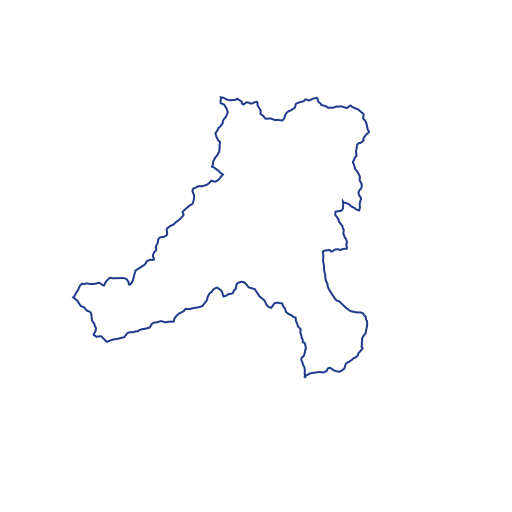 Carhuaz, Áncash, Peru, rotated 139°
{"feature_id": "86281439B67590334790867", "entity_name": "Carhuaz", "entity_type": "district", "adm_level": 2, "iso_a3": "PER", "parent_name": "Peru", "parent_adm1": "Áncash", "projection": "orthographic", "projection_center": [-77.539, -9.267], "detail": "fine", "context": "isolated", "style": "outline", "palette": "blue", "viewbox_px": 512, "rotation_deg": 139, "n_neighbors": 0, "source": "geoboundaries", "source_scale": "gbopen_adm2", "svg_char_len": 6133}
<svg xmlns="http://www.w3.org/2000/svg" viewBox="0 0 512 512"><g transform="rotate(139 256 256)"><path d="M299.3,132.2L296.4,132.9L292.1,131.9L284.6,127.2L281.7,124.0L280.1,123.3L277.8,122.9L275.7,124.0L274.1,123.5L273.4,122.7L272.9,121.6L272.6,119.4L271.1,116.5L269.0,113.9L268.3,113.7L265.4,113.2L263.1,113.1L259.0,115.7L256.8,115.6L255.2,115.1L251.0,114.7L249.3,114.8L247.3,114.1L244.9,114.1L244.1,114.3L242.7,115.4L237.0,116.1L235.9,116.6L235.8,118.5L234.3,119.5L232.8,121.4L231.5,122.3L230.5,123.8L228.0,125.0L223.9,125.8L220.4,128.7L219.0,129.6L216.3,132.2L215.0,134.0L214.5,136.2L213.1,138.2L213.3,140.7L212.9,141.8L213.0,142.8L213.6,144.0L214.1,144.8L217.2,147.6L220.3,151.7L221.2,153.6L222.2,158.9L222.9,167.2L224.4,169.5L224.4,172.3L222.7,183.6L221.6,186.5L220.3,188.1L219.4,191.9L215.8,197.0L213.8,200.8L211.4,203.5L208.9,207.9L204.9,212.1L202.8,215.5L200.9,215.2L196.4,212.2L196.4,210.0L194.6,209.3L192.7,209.2L191.6,208.8L189.6,207.2L188.7,205.4L185.1,203.9L183.2,202.2L182.5,202.0L181.6,203.1L180.2,205.6L178.9,206.2L178.3,206.8L177.1,209.2L176.8,210.2L176.8,212.1L175.9,213.7L175.6,215.4L172.5,218.3L172.4,219.4L171.1,222.2L170.9,227.0L170.6,228.1L169.8,229.4L169.3,232.6L169.3,234.8L168.7,235.6L166.8,237.3L162.3,234.4L160.8,234.2L159.0,235.0L156.7,237.4L154.7,239.9L154.8,239.3L154.5,238.6L153.3,236.9L151.8,233.9L151.5,230.8L150.2,227.6L149.6,224.6L148.1,222.7L145.8,224.4L143.8,227.1L141.3,229.0L139.2,230.1L138.5,231.7L138.4,234.0L137.3,236.4L135.2,237.7L132.6,238.0L130.9,238.8L129.7,240.0L128.9,241.7L128.3,244.4L127.4,246.1L127.0,246.6L126.4,246.6L125.9,247.2L125.1,249.0L124.3,252.5L124.0,257.1L122.6,259.5L121.4,263.0L120.9,263.5L118.2,264.6L116.5,265.6L114.5,265.6L112.0,269.2L106.5,273.7L104.3,273.8L103.4,273.0L101.1,272.5L98.9,272.7L98.6,272.9L98.4,273.7L97.7,274.2L96.4,274.7L92.9,275.4L90.1,275.3L89.4,275.5L89.0,276.0L88.9,277.8L88.5,278.6L86.3,282.4L85.2,284.8L84.8,286.7L84.9,289.5L83.8,290.7L82.4,291.5L81.8,292.5L81.7,293.3L82.2,295.3L82.6,299.1L84.1,302.1L84.3,303.0L85.6,305.1L85.8,307.4L86.2,307.7L89.7,307.9L90.7,308.4L92.8,312.1L94.5,313.9L95.8,314.6L97.4,316.1L99.9,317.0L103.8,320.0L104.5,321.3L105.1,323.5L107.6,327.0L107.3,328.0L107.6,331.4L107.3,332.8L106.3,334.1L106.4,335.7L109.7,337.3L113.4,338.3L114.2,338.8L115.3,341.2L116.0,341.7L118.6,341.6L123.5,344.0L125.6,344.6L126.5,344.4L128.8,342.7L129.6,342.5L134.3,343.0L136.0,343.9L138.9,344.0L141.9,343.0L144.6,341.3L146.0,341.0L147.3,341.1L151.1,345.3L152.2,345.6L154.5,349.8L155.0,350.5L157.6,352.3L158.9,353.9L158.6,356.6L158.9,358.7L159.4,359.8L159.2,360.6L157.0,362.8L156.0,368.6L154.1,371.0L154.2,371.8L156.6,373.2L158.4,373.4L159.4,374.1L160.5,375.2L160.7,376.2L162.4,378.3L165.0,378.4L166.2,378.7L166.5,379.7L166.5,380.5L165.5,382.0L166.7,385.6L166.8,387.0L169.2,387.4L173.8,390.8L175.1,392.7L176.9,397.0L178.6,398.9L179.3,397.6L180.9,396.4L182.4,394.5L181.1,392.1L180.7,390.9L181.5,386.7L182.8,383.3L184.0,382.4L187.6,380.7L190.5,380.3L191.7,379.9L192.5,379.6L194.0,378.1L197.6,377.2L200.4,377.2L202.2,376.3L206.2,375.2L207.7,371.8L208.6,368.2L208.4,365.8L208.7,365.2L210.9,363.5L211.6,362.3L212.7,361.6L213.1,360.9L215.2,359.0L216.2,358.5L217.6,358.2L219.2,357.4L222.0,357.1L226.7,355.2L228.4,353.4L230.6,352.2L229.8,351.1L228.5,345.0L228.2,341.7L227.5,339.2L234.0,338.2L236.1,338.3L237.4,338.6L238.5,339.3L240.5,342.2L242.9,341.8L245.7,341.9L247.9,342.6L251.2,344.1L253.3,346.2L254.3,346.7L256.4,347.1L258.9,347.9L259.9,347.9L261.5,346.5L262.9,342.4L263.7,341.4L266.5,338.9L269.2,337.2L270.3,337.1L273.4,337.7L281.9,337.6L282.8,337.1L283.2,335.1L284.2,334.3L288.1,333.8L291.9,333.8L293.8,334.1L297.7,333.9L301.4,335.0L302.6,334.9L305.0,335.2L306.1,334.5L308.6,330.8L310.3,330.2L313.1,331.0L316.0,333.0L318.6,332.8L319.2,332.5L321.3,330.5L324.3,329.3L326.1,328.3L326.6,326.8L327.4,326.0L328.7,325.7L330.1,325.8L333.4,324.2L334.2,322.8L335.1,320.3L336.4,320.7L338.2,322.5L341.4,323.6L342.0,323.7L343.7,322.9L345.8,322.5L356.3,324.1L361.1,321.1L361.8,320.4L364.9,318.4L366.5,317.6L369.9,317.1L370.4,317.5L370.5,317.9L369.1,320.6L368.9,323.0L369.2,324.4L370.0,325.7L372.0,327.6L378.8,333.2L380.1,335.1L381.3,335.5L385.1,335.2L387.9,334.5L389.5,333.6L390.3,333.5L390.9,334.9L391.6,338.1L392.1,338.9L395.3,340.4L397.3,341.7L400.4,344.6L401.6,346.3L402.4,346.9L404.2,347.4L405.3,349.3L407.6,349.2L409.2,348.7L412.3,347.2L416.3,346.1L418.8,345.0L421.2,344.7L420.8,343.4L420.2,339.5L421.0,334.0L420.8,332.5L419.5,330.4L419.4,325.3L418.4,323.8L417.8,321.8L419.2,319.0L420.7,317.1L421.9,315.0L422.3,313.3L422.5,310.8L423.6,309.0L424.0,306.7L426.1,304.7L429.5,303.5L430.3,302.7L429.7,301.0L429.5,299.8L426.3,297.7L425.6,297.0L425.3,296.0L425.1,290.2L424.6,288.9L418.3,286.6L416.2,285.1L408.6,281.1L404.6,282.1L403.1,282.1L400.7,280.8L399.0,279.3L398.2,278.8L397.2,278.6L394.5,276.7L392.6,276.6L389.6,275.3L387.0,273.6L385.4,272.8L384.7,272.7L384.0,272.0L383.3,271.8L382.0,272.1L379.4,273.1L376.5,272.6L374.1,270.8L370.6,269.4L367.8,265.3L364.9,263.6L361.3,260.5L358.4,262.4L356.2,262.9L351.9,263.1L346.9,261.8L343.7,262.3L343.0,261.4L340.2,259.0L338.7,258.5L332.0,254.4L329.3,253.4L322.4,254.8L320.9,255.5L319.6,256.8L315.2,258.3L313.5,257.9L310.1,258.7L308.0,258.4L306.7,258.0L305.9,257.3L304.8,252.7L305.5,250.2L306.5,248.5L307.0,247.0L307.0,246.7L306.5,246.5L304.8,245.7L301.7,245.3L299.4,243.7L298.6,243.3L297.6,243.3L295.1,244.6L293.6,244.4L292.8,244.6L289.3,247.4L287.0,247.5L283.8,246.0L282.3,244.1L281.9,242.2L282.1,237.5L281.8,236.6L278.7,231.8L279.8,223.3L278.8,216.5L280.1,212.1L280.1,210.8L279.5,208.6L278.7,207.0L277.9,207.0L273.4,208.2L272.5,208.0L270.2,206.5L267.4,203.0L267.7,201.9L268.3,201.2L268.7,197.0L269.5,195.3L270.0,193.8L270.0,193.0L269.5,191.2L268.1,187.6L267.7,185.3L266.8,183.9L266.6,183.2L268.2,181.4L269.4,177.6L270.4,175.7L270.4,171.4L273.0,168.9L273.8,166.4L275.4,164.1L275.4,162.9L275.7,162.1L277.1,160.5L277.1,159.7L276.5,159.0L276.4,158.3L277.8,155.3L279.4,153.1L280.8,152.6L281.6,151.7L284.6,149.7L286.1,149.2L287.8,149.3L288.6,149.0L289.7,148.2L290.3,147.1L290.9,145.0L292.0,142.8L292.4,140.3L294.4,137.3L296.4,135.5L296.9,134.2L299.3,132.2Z" fill="none" stroke="#1e3a8a" stroke-width="2"/></g></svg>